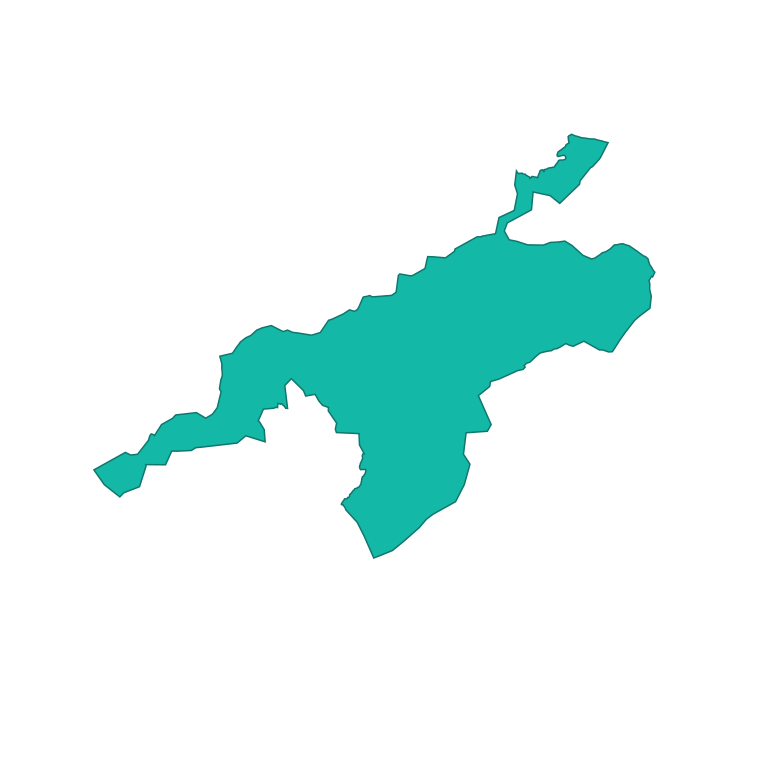 Karasuwa, Yobe, Nigeria, rotated 157°
{"feature_id": "59680162B67680561366569", "entity_name": "Karasuwa", "entity_type": "district", "adm_level": 2, "iso_a3": "NGA", "parent_name": "Nigeria", "parent_adm1": "Yobe", "projection": "albers", "projection_center": [10.749, 12.987], "detail": "fine", "context": "isolated", "style": "filled", "palette": "teal", "viewbox_px": 768, "rotation_deg": 157, "n_neighbors": 0, "source": "geoboundaries", "source_scale": "gbopen_adm2", "svg_char_len": 6103}
<svg xmlns="http://www.w3.org/2000/svg" viewBox="0 0 768 768"><g transform="rotate(157 384 384)"><path d="M83.4,518.6L87.0,521.3L88.4,522.5L92.1,525.2L94.3,527.1L99.1,529.4L102.3,531.5L105.8,533.4L109.4,536.5L111.2,537.8L113.8,540.6L115.4,540.3L116.7,540.3L118.0,539.6L118.1,538.5L118.7,537.3L119.1,535.2L119.6,533.5L120.7,533.4L122.7,533.2L124.3,531.7L126.0,531.2L127.9,530.8L130.1,530.2L132.8,529.7L134.3,528.3L135.3,527.1L135.3,525.9L134.5,525.3L132.4,525.0L129.9,524.5L128.8,524.1L128.2,523.3L128.2,522.3L128.1,521.4L128.2,520.9L128.7,520.5L129.2,520.1L129.9,520.0L131.8,520.3L132.7,520.6L133.7,521.1L134.7,521.4L135.4,521.5L136.0,521.5L136.9,520.7L138.0,520.0L139.0,519.4L140.0,518.9L140.9,518.3L141.7,517.8L142.4,517.3L143.0,517.1L143.4,517.2L143.8,517.4L144.2,517.7L145.2,517.7L146.0,518.0L147.0,518.2L147.8,518.4L148.6,518.5L149.4,518.5L150.2,518.3L150.8,518.3L151.6,518.5L152.3,518.7L152.9,518.5L153.1,517.9L153.4,517.5L153.6,517.1L154.0,517.2L154.1,517.6L154.0,518.3L154.0,518.8L154.3,519.2L154.8,519.3L155.4,519.5L156.4,519.5L157.3,519.2L157.8,518.5L158.1,518.0L158.4,517.5L159.0,517.2L159.4,516.8L159.9,516.3L160.4,515.8L160.8,515.3L161.2,514.8L161.6,514.3L162.0,514.0L162.3,513.9L162.9,514.8L163.4,515.2L164.0,515.3L164.6,515.8L165.3,516.4L166.1,516.9L166.7,517.2L167.3,516.9L167.8,516.6L168.4,516.4L168.8,516.3L169.3,516.3L169.2,516.7L168.9,517.1L168.9,517.4L169.5,517.9L170.2,518.8L170.9,519.8L171.5,520.5L171.8,521.2L171.9,521.8L172.3,522.2L172.8,522.2L173.5,522.6L174.0,523.1L174.2,523.9L174.8,524.2L175.7,524.4L176.4,524.8L177.1,524.9L178.1,525.2L178.3,525.9L178.5,526.7L179.0,527.4L178.8,527.7L178.7,528.0L178.8,528.4L185.9,516.1L186.8,507.0L196.3,492.9L213.1,492.3L222.6,478.8L236.2,481.8L236.9,481.5L240.8,483.1L265.9,480.5L267.3,478.6L278.1,476.1L288.7,481.7L294.0,484.2L296.4,480.9L301.1,474.3L315.1,472.7L317.5,473.3L326.4,479.1L328.4,478.3L337.0,463.7L342.4,462.6L343.0,462.8L360.6,468.7L362.7,471.1L364.5,471.2L368.9,472.1L369.4,472.0L376.6,465.1L379.3,463.0L382.8,462.4L386.6,465.6L387.1,465.7L394.0,464.4L402.0,464.1L406.6,464.0L410.2,464.3L422.5,456.3L431.5,457.2L443.0,464.4L448.0,467.3L451.7,471.3L456.4,471.7L464.9,481.8L474.5,483.3L480.2,483.3L487.6,480.7L493.2,480.5L500.0,478.7L501.0,477.9L505.7,475.3L511.4,471.5L518.8,472.8L524.3,473.7L525.4,465.9L527.2,461.7L529.0,456.1L530.5,453.6L532.4,451.8L532.5,451.6L537.4,443.8L537.0,440.5L546.8,427.3L553.4,423.4L556.0,422.9L561.5,422.2L562.0,422.9L567.9,431.0L578.8,434.2L587.8,436.9L591.6,435.2L591.9,435.0L604.6,433.6L615.4,426.2L616.0,427.5L617.8,429.0L619.8,427.8L621.1,426.3L622.3,424.8L622.6,424.3L638.3,415.6L644.7,417.5L645.0,417.7L648.8,422.1L684.6,418.3L680.9,401.1L680.8,400.6L671.3,383.3L666.3,385.4L665.9,385.5L664.8,385.5L649.2,385.0L635.1,401.4L634.8,402.9L616.7,395.0L605.6,405.2L600.9,403.1L587.4,398.1L582.1,398.9L576.1,397.0L573.7,396.3L542.2,387.0L534.1,389.5L531.4,390.3L516.0,377.2L512.1,388.8L513.4,397.8L514.2,399.2L504.8,408.0L494.7,404.7L493.1,404.9L491.2,403.9L490.1,406.1L489.3,407.5L488.0,406.7L487.7,406.4L487.5,406.0L487.3,405.8L486.6,406.0L486.0,405.9L485.8,405.8L485.7,405.6L485.6,405.0L485.3,404.2L484.5,402.6L484.0,400.6L484.0,400.1L482.3,399.2L475.9,421.4L467.2,425.1L460.7,409.4L460.8,403.5L451.4,401.4L450.6,393.9L448.9,388.4L444.3,384.1L445.8,381.0L442.9,366.5L446.4,361.5L446.8,357.9L426.4,348.1L430.4,337.4L429.5,327.5L430.0,327.8L430.8,327.8L431.2,327.6L431.5,327.2L431.9,326.7L432.2,326.0L432.4,325.1L432.6,324.2L433.0,323.6L433.2,323.2L433.6,322.8L434.1,322.6L434.8,321.9L435.4,321.2L435.9,320.9L436.7,320.2L437.3,319.4L437.7,318.8L438.4,318.1L438.8,317.6L439.0,316.9L439.2,316.1L439.2,315.4L439.1,314.7L438.9,314.2L438.3,314.0L437.8,313.9L437.2,313.8L436.8,313.6L436.3,313.2L435.9,313.1L435.6,313.0L435.1,313.0L434.7,312.8L434.4,312.5L434.3,312.2L434.3,311.7L434.7,311.1L435.1,310.7L435.4,310.1L435.8,309.6L436.3,309.1L436.8,308.7L437.1,308.3L438.1,307.9L438.4,307.4L438.7,307.2L439.1,307.0L439.5,307.0L439.9,307.2L440.3,306.8L440.7,306.2L441.1,305.7L441.6,305.3L441.8,305.0L441.8,304.5L442.1,304.2L442.4,303.7L442.8,303.2L443.1,302.9L443.5,302.4L443.7,302.0L443.8,301.6L443.8,301.3L444.0,301.0L444.8,300.8L445.0,300.5L445.4,300.2L445.9,299.9L446.3,299.5L446.8,299.3L447.1,299.1L447.7,298.9L448.2,298.9L448.7,299.1L449.2,299.0L450.0,298.6L450.6,298.7L451.1,298.9L451.6,299.0L452.2,298.8L452.6,298.5L453.1,298.1L454.0,297.9L454.8,297.6L455.3,297.3L455.8,296.9L456.4,296.5L456.8,296.2L457.5,296.1L458.3,295.8L458.9,295.5L459.1,295.0L459.4,294.4L459.8,293.9L460.2,293.6L460.9,293.6L461.5,293.7L462.1,293.5L462.3,293.1L462.9,293.0L463.8,293.0L464.4,293.3L464.8,293.7L465.3,293.6L465.8,293.2L466.3,292.7L467.1,292.4L467.7,291.9L468.3,291.6L468.8,291.3L469.9,290.4L470.2,290.1L470.3,289.8L470.0,289.4L469.5,289.1L469.0,289.1L468.8,288.6L468.9,288.1L468.6,287.2L468.3,286.0L468.1,285.2L468.2,284.5L468.4,283.3L462.7,267.1L461.7,251.5L461.4,227.8L441.3,227.4L426.4,231.8L407.5,238.1L397.9,242.9L389.6,245.0L364.1,247.7L349.4,260.0L336.2,276.6L338.3,288.3L327.5,307.0L307.3,300.1L301.2,304.8L301.4,317.3L301.7,336.4L287.7,340.4L285.0,344.6L275.9,343.6L255.8,344.1L250.3,343.1L247.5,344.3L247.9,346.1L244.8,347.4L243.3,347.3L242.0,347.1L240.8,347.2L233.7,349.9L228.4,351.5L225.8,351.2L220.6,350.3L217.2,349.3L213.6,349.7L211.1,349.0L207.2,349.2L200.9,350.2L197.7,346.8L195.1,344.8L183.3,345.3L172.3,331.1L169.5,330.0L164.8,325.8L163.9,325.4L161.1,324.5L149.5,332.4L142.3,336.9L128.3,344.7L121.7,346.8L116.1,348.2L109.6,349.8L103.7,360.3L102.5,367.2L100.1,372.6L99.7,375.6L95.6,378.6L94.9,377.6L91.0,381.1L91.8,383.5L91.9,385.8L92.8,390.2L92.1,396.2L93.7,399.3L95.1,400.5L99.5,407.9L104.2,415.3L106.8,417.4L109.4,419.9L112.1,420.6L115.2,421.2L117.8,422.0L120.3,421.0L122.9,420.0L125.6,419.5L128.0,419.1L131.8,419.5L134.6,418.7L137.7,418.1L140.9,417.5L144.2,418.1L150.6,424.7L156.8,438.0L161.7,444.9L168.1,446.6L175.5,449.3L183.1,449.6L197.3,455.9L206.1,463.5L212.4,467.8L213.5,477.8L207.6,484.1L180.2,486.7L171.7,502.5L157.5,492.5L151.7,481.6L126.0,491.4L124.1,494.4L109.8,502.2L107.0,502.7L98.5,506.5L96.5,507.7L83.4,518.6Z" fill="#14b8a6" stroke="#0f766e" stroke-width="1.5"/></g></svg>